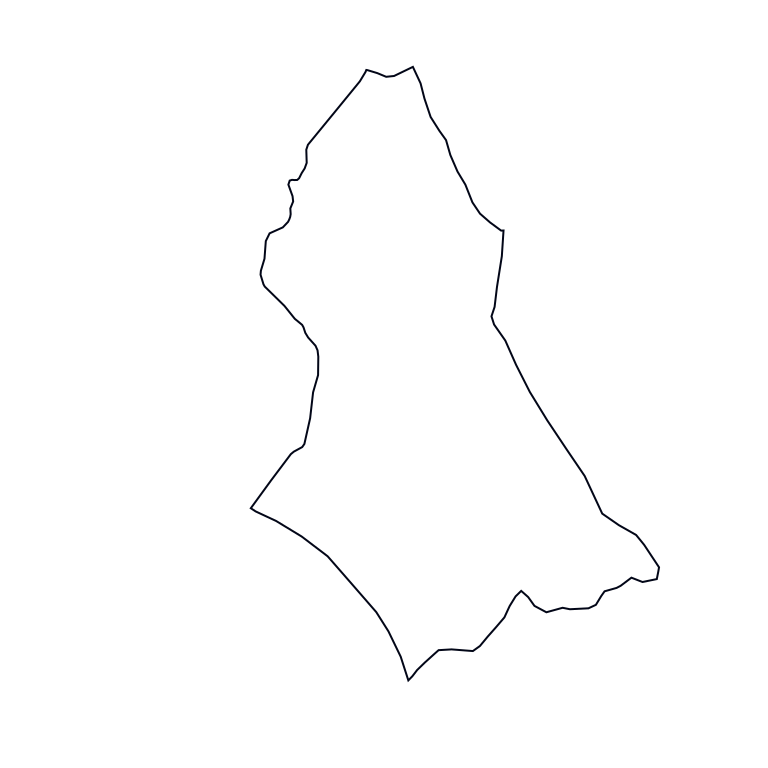 the Municipality of Ghadamis, rotated 335°
{"feature_id": "LBY-2882", "entity_name": "Ghadamis", "entity_type": "Municipality", "adm_level": 1, "iso_a3": "LBY", "parent_name": "Libya", "parent_adm1": "", "projection": "mercator", "projection_center": [10.859, 30.473], "detail": "fine", "context": "isolated", "style": "outline", "palette": "ink", "viewbox_px": 768, "rotation_deg": 335, "n_neighbors": 0, "source": "natural_earth", "source_scale": "10m", "svg_char_len": 1649}
<svg xmlns="http://www.w3.org/2000/svg" viewBox="0 0 768 768"><g transform="rotate(335 384 384)"><path d="M391.6,162.4L394.1,161.6L398.5,158.1L403.2,155.1L407.4,150.9L412.6,138.8L416.2,135.0L456.2,115.8L490.0,99.5L499.1,93.4L500.7,91.9L501.6,92.5L509.3,99.4L515.8,106.5L523.3,109.1L544.2,108.8L544.2,127.0L541.3,142.4L539.1,161.7L541.2,178.0L543.3,189.2L540.9,204.5L540.4,222.5L542.0,237.7L540.9,256.8L543.0,270.2L548.4,282.4L555.0,294.5L557.2,295.4L544.8,318.0L527.4,343.8L516.8,360.9L510.0,368.1L508.9,376.6L512.3,395.9L511.8,422.4L512.8,452.9L516.6,486.1L521.9,520.6L527.0,552.2L527.0,593.7L537.2,611.2L548.7,627.4L551.8,639.7L555.8,666.4L555.5,666.8L553.2,670.1L548.8,676.1L534.6,672.7L526.4,664.1L513.2,666.9L508.6,667.1L496.3,665.1L491.4,667.9L482.7,673.7L474.5,673.7L457.3,666.7L451.3,662.3L434.7,659.5L426.6,648.7L424.6,638.0L420.9,629.5L413.5,632.1L404.1,638.3L401.7,640.3L394.5,646.4L382.9,651.7L371.4,656.7L360.2,662.0L351.7,663.6L333.1,653.1L321.0,648.3L315.0,650.1L303.3,653.7L293.2,657.2L286.3,660.8L280.8,662.9L283.9,638.2L283.5,610.1L280.6,587.5L270.4,551.9L260.1,516.3L244.9,487.4L228.3,462.5L221.5,454.4L213.8,445.2L210.8,440.3L241.0,423.6L269.9,408.2L273.7,407.2L283.2,406.6L286.5,404.7L302.6,383.8L316.2,361.6L328.0,348.1L336.0,331.5L338.0,325.4L338.1,320.4L334.9,309.8L334.3,304.4L335.0,298.6L334.8,295.8L330.7,287.2L326.8,271.2L317.1,245.3L316.9,242.7L318.3,232.8L320.3,229.3L328.6,220.0L337.3,204.5L344.0,199.1L358.5,199.3L365.6,196.5L367.7,194.8L369.6,192.9L371.2,190.6L373.3,185.3L378.8,180.2L380.5,175.1L381.6,162.9L384.5,159.8L386.9,160.1L389.2,161.4L391.6,162.4Z" fill="none" stroke="#020617" stroke-width="2"/></g></svg>